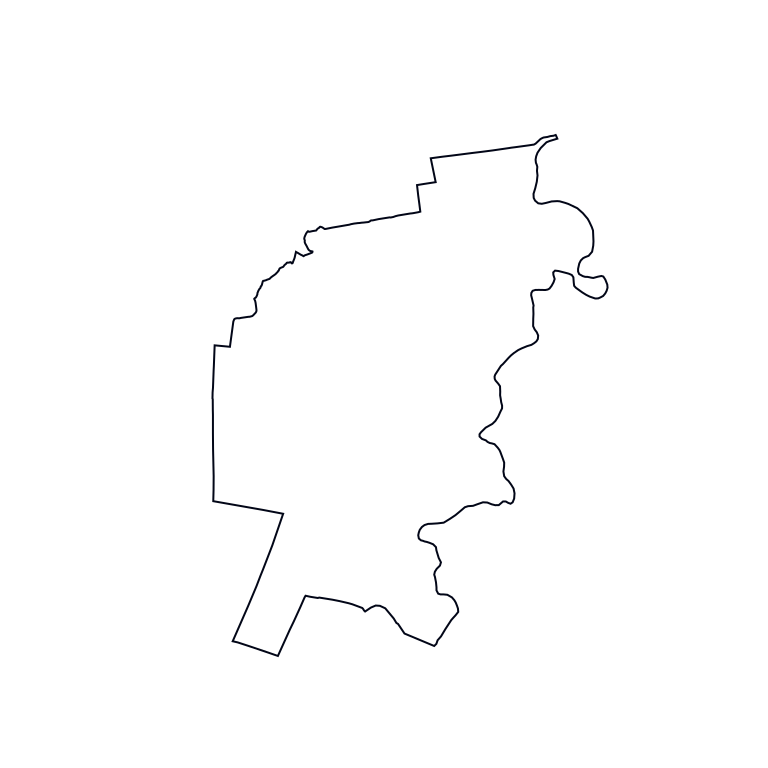 Poienarii Burchii, Prahova, Romania, rotated 292°
{"feature_id": "2599482B75025162272167", "entity_name": "Poienarii Burchii", "entity_type": "district", "adm_level": 2, "iso_a3": "ROU", "parent_name": "Romania", "parent_adm1": "Prahova", "projection": "mercator", "projection_center": [26.024, 44.76], "detail": "fine", "context": "isolated", "style": "outline", "palette": "ink", "viewbox_px": 768, "rotation_deg": 292, "n_neighbors": 0, "source": "geoboundaries", "source_scale": "gbopen_adm2", "svg_char_len": 6125}
<svg xmlns="http://www.w3.org/2000/svg" viewBox="0 0 768 768"><g transform="rotate(292 384 384)"><path d="M448.7,243.4L448.0,243.4L446.2,242.6L445.5,242.4L444.0,241.5L442.2,240.3L440.7,239.4L440.1,239.1L439.1,238.7L438.6,238.5L436.8,236.4L436.1,235.8L435.1,234.5L434.7,234.0L434.4,233.4L434.2,233.3L433.9,233.2L433.4,233.2L430.4,233.6L429.2,233.6L428.6,233.3L428.1,233.2L427.1,233.4L426.5,233.3L425.2,232.8L424.8,232.8L423.6,232.6L420.9,232.6L419.7,233.0L419.1,233.0L417.7,233.0L416.3,232.8L416.1,232.7L415.2,232.1L414.8,231.9L414.3,231.8L414.2,231.9L414.0,232.1L412.9,233.3L411.5,234.3L410.5,234.9L408.0,236.3L405.3,237.8L404.2,238.3L403.6,238.4L402.8,238.4L402.1,238.3L399.0,237.1L398.2,236.7L397.8,236.5L397.5,236.2L396.5,234.9L395.9,234.0L395.5,233.1L391.8,226.8L391.3,226.0L391.0,225.7L390.6,224.9L390.1,223.4L389.6,222.5L389.1,221.8L388.4,221.1L388.2,221.0L387.8,220.9L386.5,220.9L386.2,220.9L385.5,220.9L360.8,227.2L356.4,212.5L336.4,219.7L333.2,220.8L316.3,226.9L312.1,228.2L306.3,230.4L305.8,230.9L295.6,235.1L291.2,237.0L274.6,243.7L259.6,249.9L234.7,260.6L221.8,265.7L211.4,269.6L221.9,318.9L225.9,339.1L192.5,340.9L166.6,341.3L159.9,341.3L148.7,341.5L127.5,341.2L88.8,340.1L89.6,345.1L90.4,356.8L91.6,377.4L92.1,387.5L120.9,388.7L130.1,389.3L145.7,390.0L156.4,390.3L158.3,390.6L159.1,395.4L160.8,402.8L161.7,403.9L164.7,417.0L166.1,424.4L167.5,433.3L167.9,437.2L168.0,440.7L168.2,447.7L167.7,448.8L166.5,450.4L166.0,451.7L171.9,455.7L175.5,459.3L176.8,463.3L176.5,469.2L170.2,480.9L167.1,485.0L166.8,486.9L160.3,496.5L159.9,528.7L162.7,529.9L166.5,529.7L171.3,531.4L179.6,532.7L190.3,534.8L193.2,535.8L196.4,537.0L200.5,538.2L203.5,536.7L205.7,534.8L208.2,532.4L209.9,530.2L211.6,526.9L212.3,521.7L211.3,518.3L210.1,515.3L209.9,512.8L212.3,510.0L215.2,508.8L219.6,506.5L221.9,505.0L224.1,503.6L226.0,502.0L229.0,501.5L232.4,502.1L236.6,503.9L240.0,503.6L243.2,499.9L249.4,494.9L252.2,493.3L253.8,489.6L253.8,485.7L253.6,482.8L253.2,480.6L253.2,478.8L252.9,476.8L253.8,474.2L256.6,472.4L259.4,471.9L262.2,471.8L265.6,472.7L268.4,474.4L270.8,477.3L272.2,480.4L274.8,485.8L277.8,491.3L283.6,495.6L289.2,499.4L294.4,502.2L296.3,503.2L300.0,505.1L302.2,507.7L304.4,512.2L307.4,515.5L311.4,520.1L312.8,524.2L312.8,528.9L313.3,532.5L314.7,535.8L319.7,538.4L320.7,541.0L320.3,543.7L320.4,546.2L322.5,547.6L326.5,547.6L331.5,546.0L335.6,543.3L338.4,539.5L340.7,535.8L341.7,532.9L343.5,530.0L347.6,527.5L352.3,526.3L356.1,524.9L358.9,522.5L364.6,517.3L366.0,515.8L367.5,513.4L369.6,509.0L369.3,506.1L368.9,504.2L369.1,501.7L369.9,499.6L369.8,495.4L371.1,492.3L373.2,491.4L375.6,492.0L381.6,494.6L387.6,499.4L391.4,501.1L396.5,502.1L402.0,502.3L405.6,502.6L408.2,501.6L411.0,499.5L414.1,497.7L417.0,495.9L420.5,494.6L425.4,492.4L427.1,489.8L429.0,486.1L430.3,484.7L432.4,483.7L434.3,483.6L444.6,485.6L447.0,486.8L449.7,487.8L454.9,489.7L458.2,491.1L461.3,492.8L465.7,495.7L468.6,498.3L472.7,502.5L475.5,506.0L478.1,507.9L480.6,509.3L483.3,509.8L486.7,508.8L489.2,506.3L491.0,503.3L493.5,500.6L500.5,497.9L505.0,496.3L510.9,493.7L512.8,493.3L519.2,488.8L521.4,487.2L523.7,486.5L526.1,486.9L527.9,489.1L529.3,492.4L531.6,498.4L532.9,500.4L534.5,501.7L537.7,502.6L541.8,503.1L545.3,502.9L548.6,500.2L550.9,499.1L553.2,500.1L554.1,503.4L554.6,506.9L555.3,512.2L555.5,514.0L555.4,517.3L553.9,519.6L549.2,521.9L546.3,523.5L545.8,524.4L545.1,525.9L543.2,533.5L542.4,538.1L542.1,541.9L542.4,547.8L543.6,550.5L545.2,552.1L547.7,554.2L550.8,555.2L553.8,555.5L557.0,555.2L559.8,553.8L563.7,550.1L565.8,547.1L565.6,545.1L563.6,542.1L560.7,538.3L560.2,536.2L559.9,534.3L559.5,532.4L558.7,530.3L558.5,527.9L559.0,523.8L561.0,521.8L563.5,520.8L568.9,519.9L572.3,520.2L575.3,521.5L577.1,523.1L579.5,525.7L584.6,527.4L590.6,526.2L594.7,524.8L604.6,520.3L607.4,517.8L611.5,513.4L613.5,510.9L616.9,504.4L619.4,497.4L620.0,487.4L619.8,484.0L619.2,478.5L618.5,476.2L616.1,471.1L612.4,466.1L610.2,462.8L609.3,459.3L610.6,455.4L612.6,453.1L616.3,451.4L622.2,450.9L628.8,449.9L634.9,448.2L638.9,446.0L642.8,444.8L644.8,443.2L646.0,442.0L648.8,440.5L652.1,439.8L656.0,439.7L661.5,440.9L669.0,444.1L671.3,446.5L676.4,452.8L678.7,450.5L679.2,449.9L677.7,448.2L676.1,445.3L675.3,444.3L674.3,443.0L673.7,442.0L672.9,440.6L672.3,439.6L671.6,438.9L670.7,438.1L669.7,437.3L667.9,436.5L663.6,434.5L662.9,433.9L662.0,433.2L661.7,432.5L659.6,429.0L652.8,417.1L650.8,413.5L649.4,411.2L641.3,397.3L635.9,387.7L631.1,379.0L625.6,369.2L620.9,360.8L616.5,352.8L610.8,342.8L590.5,356.3L584.5,346.2L580.8,340.1L571.6,345.1L563.5,349.7L557.4,353.1L556.1,351.4L553.3,347.0L552.5,345.6L552.0,344.6L545.9,334.6L545.6,334.1L544.0,331.9L542.3,330.0L541.4,328.6L540.9,327.9L540.8,327.5L540.6,326.8L534.9,317.3L532.2,313.3L531.6,312.4L531.3,311.9L531.2,311.5L531.0,311.2L530.5,310.4L529.6,310.0L529.2,309.6L528.5,309.1L527.8,307.9L527.4,307.1L526.2,304.9L525.0,302.5L524.1,301.0L523.4,299.5L522.6,298.1L522.0,297.0L521.5,296.1L519.8,293.5L518.6,292.0L518.0,291.0L513.6,283.9L509.6,277.4L506.1,272.1L505.7,271.4L505.5,270.9L505.7,269.9L506.0,268.7L506.1,267.9L506.0,266.2L505.8,265.8L505.4,265.5L504.7,265.4L504.4,265.2L503.8,264.7L503.1,264.3L502.4,264.0L501.5,263.8L500.9,263.6L498.9,260.3L497.3,258.0L497.0,257.3L497.0,257.0L497.2,256.3L496.1,255.8L495.2,255.6L494.1,255.4L491.7,255.3L490.6,255.3L489.9,255.4L489.3,255.5L488.9,255.6L488.3,256.0L487.9,256.4L487.2,256.9L486.7,257.0L486.2,257.2L485.6,257.5L484.6,258.5L483.1,260.4L480.9,262.9L480.3,263.7L480.0,264.4L479.8,265.2L479.7,265.9L479.8,266.4L480.1,268.0L479.8,268.2L479.1,268.2L478.9,268.1L478.2,267.4L477.4,266.6L475.1,264.1L473.8,262.5L473.0,261.9L472.4,261.6L472.4,261.2L472.6,260.3L472.7,258.4L473.1,255.9L473.2,255.4L473.3,254.7L473.4,253.4L473.5,252.9L471.5,253.2L467.8,253.8L466.7,253.9L463.3,253.9L462.2,254.0L461.7,253.9L461.4,253.6L461.3,253.4L461.3,253.2L461.4,252.9L461.9,252.3L462.0,252.0L462.0,251.8L461.9,251.6L461.7,251.2L461.3,250.9L460.9,250.3L460.5,249.4L460.4,249.0L460.1,248.6L459.9,248.4L459.5,248.4L458.8,248.2L458.0,247.7L456.7,247.1L455.3,246.8L454.8,246.6L453.3,245.0L452.1,244.0L451.6,243.9L450.1,243.9L449.3,243.8L448.7,243.4Z" fill="none" stroke="#020617" stroke-width="2"/></g></svg>